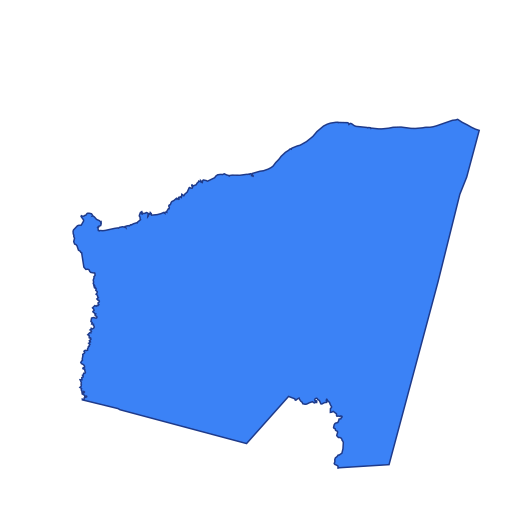 the district of Adelaide Plains, South Australia, Australia, rotated 105°
{"feature_id": "25037944B85276451636106", "entity_name": "Adelaide Plains", "entity_type": "district", "adm_level": 2, "iso_a3": "AUS", "parent_name": "Australia", "parent_adm1": "South Australia", "projection": "mercator", "projection_center": [138.456, -34.51], "detail": "fine", "context": "isolated", "style": "filled", "palette": "blue", "viewbox_px": 512, "rotation_deg": 105, "n_neighbors": 0, "source": "geoboundaries", "source_scale": "gbopen_adm2", "svg_char_len": 6140}
<svg xmlns="http://www.w3.org/2000/svg" viewBox="0 0 512 512"><g transform="rotate(105 256 256)"><path d="M76.9,72.9L76.7,76.8L75.9,81.2L74.6,86.1L73.5,91.5L71.8,96.6L72.9,98.3L74.1,101.4L83.6,115.4L85.4,118.5L86.6,121.2L87.9,125.8L89.1,128.3L91.6,135.2L92.6,139.3L93.9,149.2L96.2,156.9L98.2,160.9L100.7,167.5L101.5,170.6L102.5,177.0L103.1,178.1L102.5,178.4L102.6,179.5L102.8,180.6L103.3,181.3L103.1,181.9L104.9,193.1L104.6,195.1L103.6,197.6L103.4,198.9L103.7,199.4L104.9,200.3L103.8,201.0L103.5,202.0L105.6,210.7L105.9,211.1L105.6,211.5L106.2,213.5L108.4,218.5L110.3,221.4L113.0,224.4L120.0,229.3L125.8,232.0L132.5,236.9L137.6,242.1L139.0,244.6L142.5,249.2L143.2,249.7L143.7,249.6L143.7,250.7L145.5,251.9L148.2,254.4L153.2,257.5L156.7,258.9L160.6,261.1L164.8,262.8L166.8,264.4L168.9,266.7L171.7,270.8L173.1,274.1L177.3,281.1L178.1,281.3L179.1,279.6L179.8,279.4L180.1,278.8L179.0,280.9L180.2,281.0L178.2,281.4L177.9,282.5L178.1,283.1L178.8,283.4L178.9,284.6L179.3,285.0L179.5,286.1L182.2,292.5L184.1,300.0L185.0,302.2L185.7,302.6L185.3,303.2L185.3,305.5L184.8,307.9L186.0,309.4L186.3,311.2L187.5,314.1L189.2,315.5L191.1,316.2L196.3,322.2L196.0,323.6L196.2,326.6L197.1,327.0L198.6,326.9L197.7,328.6L198.8,328.0L198.3,330.6L199.8,331.0L200.9,331.8L202.6,332.2L204.7,335.0L203.9,335.9L204.1,336.4L204.8,336.2L205.8,335.1L207.1,335.3L207.3,336.8L207.0,337.8L207.3,338.2L212.1,339.0L214.7,340.8L216.5,341.3L216.5,341.8L216.1,342.2L215.6,343.6L218.8,343.3L218.4,344.6L219.3,345.0L219.4,345.9L219.8,345.9L221.6,344.8L220.7,346.0L220.7,346.4L221.6,347.0L220.9,347.8L223.6,349.6L225.2,351.4L226.2,351.8L228.2,352.0L229.0,352.4L229.1,352.9L229.5,353.1L230.3,353.2L231.5,352.3L232.9,352.2L233.1,352.9L236.5,353.9L236.9,353.6L236.9,354.6L237.8,355.5L238.4,355.1L238.3,355.6L237.7,355.7L237.8,356.4L239.6,358.6L241.6,362.1L243.6,367.5L242.2,368.1L241.4,369.4L242.9,369.4L242.9,370.1L243.8,370.2L244.4,370.8L245.2,370.3L246.1,370.7L245.6,370.8L245.1,370.5L244.4,371.0L243.6,370.7L242.5,371.7L242.4,373.2L243.5,374.2L244.1,376.1L245.1,376.8L244.5,377.6L243.4,377.3L242.7,377.8L243.9,378.9L247.0,379.2L247.8,378.9L248.4,378.1L250.3,377.4L250.8,376.9L254.0,379.2L254.6,379.2L254.8,378.7L254.8,379.9L256.7,382.9L257.6,383.7L258.1,384.7L259.0,384.8L258.5,384.9L258.4,385.3L259.7,386.2L259.7,387.2L260.7,389.1L261.3,389.9L262.2,389.3L261.7,390.3L262.8,390.7L262.1,390.8L262.3,392.5L263.7,395.3L264.7,396.0L264.7,396.9L266.0,399.9L270.2,408.0L271.2,410.4L271.8,413.5L272.3,413.8L272.2,414.9L269.6,416.0L268.5,415.3L268.3,415.4L268.6,416.0L268.1,415.8L266.8,413.9L264.9,413.9L263.6,414.3L264.1,414.5L263.2,414.9L262.4,416.4L261.9,419.5L260.1,422.2L259.5,423.9L259.7,424.3L259.3,424.1L257.8,425.8L257.8,427.7L258.2,429.6L258.7,430.2L260.7,431.0L261.2,432.0L262.1,432.6L262.5,434.3L262.3,435.1L263.1,435.2L265.9,431.8L266.9,431.6L271.5,432.8L272.2,435.1L273.0,436.3L278.0,439.0L279.4,439.1L281.8,438.3L283.2,437.3L284.5,437.0L285.7,435.9L289.3,435.8L291.4,434.3L291.6,432.8L292.4,431.6L296.3,429.0L296.9,427.0L297.9,426.1L297.9,425.3L311.3,419.4L313.0,416.9L312.3,415.1L312.5,413.7L313.9,412.6L314.6,411.4L314.4,408.4L314.1,407.7L314.3,407.2L316.5,406.4L317.8,407.2L319.1,406.8L321.4,407.0L323.2,406.1L324.7,406.1L326.4,404.2L326.6,404.2L326.6,404.9L328.5,403.8L328.6,403.6L328.0,402.9L328.8,402.5L329.1,401.8L330.6,401.9L331.5,400.1L332.7,399.9L334.3,400.6L335.0,399.0L336.5,398.3L337.0,397.5L338.7,398.6L339.6,397.1L339.4,396.5L340.2,395.6L341.0,395.6L342.0,396.4L343.3,396.1L343.7,395.2L344.8,395.7L345.0,395.9L345.0,396.8L345.9,397.3L345.6,398.8L348.4,400.5L349.3,399.1L350.4,398.3L351.8,399.2L352.2,399.0L352.9,397.3L353.7,396.7L353.4,395.9L355.2,395.9L355.5,394.5L356.1,393.8L357.1,393.9L357.5,394.5L357.5,397.1L358.5,398.8L362.0,398.5L362.7,397.0L364.2,397.1L364.0,395.3L365.2,395.1L365.7,394.2L366.5,393.8L367.6,394.1L368.7,395.0L368.9,395.4L368.5,396.4L369.3,396.4L370.3,397.1L370.4,396.3L371.4,395.4L372.4,396.0L372.9,395.7L373.2,396.8L375.6,398.1L376.0,396.6L378.2,395.9L378.3,395.2L377.9,394.6L378.1,394.4L379.3,393.9L380.8,395.0L381.4,393.9L381.8,393.7L382.1,394.5L383.0,394.2L383.6,395.0L384.5,393.5L385.6,394.0L386.3,393.7L387.0,394.5L388.1,394.3L389.0,394.7L390.6,394.3L391.2,395.3L391.3,396.6L392.5,397.5L393.5,396.5L394.2,396.6L395.9,397.9L397.1,397.4L400.5,397.2L401.6,396.6L402.7,397.3L404.2,397.7L405.1,396.7L405.6,394.6L406.3,393.5L407.6,392.8L408.4,393.2L408.6,394.0L409.5,394.1L409.8,393.7L409.7,392.1L411.2,391.6L412.5,390.7L413.6,391.0L413.9,392.1L415.6,392.1L416.1,392.7L416.8,391.9L417.6,391.7L418.5,392.8L420.6,392.1L421.0,393.9L423.5,391.9L425.2,391.8L425.6,391.3L427.2,391.2L428.5,392.1L429.2,390.2L430.6,390.2L431.4,389.3L432.5,388.9L432.5,387.8L431.4,387.3L431.8,386.5L432.9,386.9L433.6,388.4L434.2,388.2L435.0,385.4L436.1,385.0L436.0,384.4L435.2,383.7L435.3,383.3L435.8,383.1L436.6,383.9L437.0,385.0L437.5,385.2L438.8,385.0L439.4,385.5L439.2,386.7L439.9,386.5L439.1,349.7L439.7,347.7L439.6,216.6L383.2,188.2L383.9,181.5L384.9,181.0L385.0,180.2L383.3,179.0L382.1,177.6L383.0,177.0L384.5,175.4L385.4,173.5L386.6,172.6L386.5,170.2L385.9,168.7L383.8,166.3L382.1,163.7L382.6,162.7L382.8,161.5L382.4,161.0L381.6,160.8L381.9,160.0L381.8,159.5L380.4,159.8L380.2,160.4L380.6,161.5L379.6,162.2L378.4,161.8L377.7,160.7L377.8,159.9L378.6,159.3L378.8,158.3L379.4,157.2L382.0,155.1L381.9,154.1L379.9,151.9L379.1,149.8L378.4,149.9L377.3,150.8L376.1,150.7L376.1,150.3L377.1,149.5L378.5,147.0L380.4,145.7L382.0,144.0L382.8,143.9L384.2,144.6L387.8,143.7L387.2,142.4L386.1,141.2L387.6,137.4L389.1,137.0L389.8,136.4L389.2,134.5L389.3,133.4L388.5,132.7L388.7,131.4L389.6,131.3L390.2,131.8L391.3,131.9L392.0,133.6L393.5,133.5L395.7,133.9L396.9,136.0L397.5,136.4L398.8,136.8L401.6,136.7L402.2,136.1L402.3,134.9L403.8,134.0L404.3,131.9L405.4,131.5L408.4,131.6L409.2,130.8L410.0,129.3L409.6,127.9L409.9,126.7L410.8,125.6L411.7,125.2L412.4,124.2L413.5,123.4L419.7,122.1L424.2,122.0L426.7,124.1L427.0,125.1L428.8,125.8L430.5,127.1L432.3,127.2L434.1,126.6L436.3,126.7L436.9,125.9L437.2,123.9L437.7,122.5L438.7,122.0L440.2,122.1L439.3,121.7L423.1,73.5L234.1,73.5L143.6,75.1L125.3,72.9L76.9,72.9Z" fill="#3b82f6" stroke="#1e3a8a" stroke-width="1.5"/></g></svg>